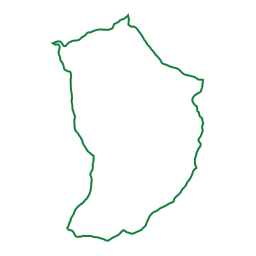 Shongphu, Tashigang, Bhutan (Robinson projection)
{"feature_id": "84629894B1548081314680", "entity_name": "Shongphu", "entity_type": "district", "adm_level": 2, "iso_a3": "BTN", "parent_name": "Bhutan", "parent_adm1": "Tashigang", "projection": "robinson", "projection_center": [91.663, 27.301], "detail": "fine", "context": "isolated", "style": "outline", "palette": "green", "viewbox_px": 256, "rotation_deg": 0, "n_neighbors": 0, "source": "geoboundaries", "source_scale": "gbopen_adm2", "svg_char_len": 3976}
<svg xmlns="http://www.w3.org/2000/svg" viewBox="0 0 256 256"><path d="M52.9,43.2L53.5,43.6L54.0,44.0L54.5,44.4L55.2,44.6L56.8,44.4L58.1,44.4L58.8,44.8L59.2,45.3L59.5,46.2L59.6,46.8L59.7,47.6L59.6,48.1L58.7,51.6L58.6,52.6L58.9,54.3L59.7,56.0L60.1,57.7L60.6,60.6L62.5,62.9L63.2,64.8L63.4,65.4L63.6,66.6L64.2,68.9L65.5,70.2L68.0,71.3L69.6,71.5L70.2,71.9L70.6,72.6L70.7,73.4L70.8,74.1L71.1,75.8L71.1,77.5L70.7,78.5L70.7,79.1L70.7,80.0L70.7,81.7L70.7,82.6L70.7,83.5L70.7,84.5L70.8,86.0L71.0,90.4L71.3,91.4L71.7,94.2L72.0,97.6L72.0,98.5L72.0,99.1L71.9,99.7L71.4,100.4L71.5,101.0L71.8,102.6L72.1,103.8L72.3,105.6L72.4,106.6L72.4,108.1L72.5,108.8L72.7,109.8L73.2,110.7L73.5,112.3L74.3,114.7L74.8,115.8L75.0,117.1L74.9,117.7L74.7,118.3L74.4,119.2L74.3,120.0L74.4,122.8L74.4,123.9L74.4,124.8L74.5,125.5L74.5,126.2L74.7,126.7L74.8,127.7L74.8,128.7L74.9,129.4L75.8,131.0L76.8,132.1L77.3,132.6L78.2,133.9L80.3,137.0L81.2,138.8L81.9,139.7L82.2,140.2L82.5,142.2L82.7,142.9L83.7,144.6L84.6,146.2L85.2,147.0L87.3,150.6L87.7,151.2L89.5,152.7L90.5,153.4L91.3,154.3L92.3,155.0L93.4,155.5L93.7,156.1L93.7,157.6L93.5,159.8L93.5,160.9L93.1,163.4L92.7,164.3L92.8,166.3L92.8,167.3L92.6,169.3L92.1,170.3L90.9,172.4L90.3,174.1L90.3,174.6L90.7,175.4L91.7,179.1L91.6,179.8L91.5,182.2L90.9,188.3L90.7,189.0L90.7,190.1L89.5,193.8L88.7,195.6L88.1,196.3L87.6,197.4L86.7,198.8L85.5,199.7L84.3,201.2L83.8,201.8L83.2,202.7L81.5,203.8L80.3,204.7L78.9,205.9L77.6,206.8L76.6,208.2L75.3,209.9L74.7,211.4L74.1,212.5L73.7,213.9L71.1,218.2L70.7,218.9L70.6,219.8L70.7,220.7L70.2,221.2L69.3,223.0L69.0,224.2L68.6,225.4L67.8,227.0L67.2,228.0L67.8,228.9L69.4,230.2L71.2,230.3L72.5,231.1L73.7,232.6L75.1,235.4L76.3,236.6L76.9,236.7L78.2,236.8L80.9,236.6L83.0,235.9L86.1,236.1L89.9,235.9L91.9,236.3L93.2,236.9L95.3,237.2L97.7,237.3L101.0,238.4L103.9,239.3L105.9,240.4L108.3,240.6L112.3,237.9L117.0,235.7L119.3,234.2L122.1,231.1L123.6,230.1L125.3,231.2L126.6,232.2L127.7,232.5L130.7,233.3L131.7,233.8L133.7,233.4L136.9,231.9L138.3,231.2L140.4,230.4L141.9,229.4L143.0,227.9L144.3,227.0L145.6,225.7L146.3,224.1L146.8,222.4L148.0,219.7L148.9,217.6L150.9,214.4L153.7,212.1L156.7,210.9L160.2,208.3L166.5,205.3L168.5,203.9L170.4,203.0L172.0,202.5L173.6,201.5L174.5,198.4L176.4,196.5L178.5,194.6L179.3,193.7L180.5,192.6L182.1,189.5L184.0,187.6L185.9,185.3L187.1,182.5L189.6,179.5L190.8,177.3L192.2,174.3L193.0,171.6L194.3,169.4L196.3,168.1L196.2,166.9L195.1,164.5L194.7,159.4L195.0,158.5L195.7,156.6L196.4,154.0L196.6,152.6L197.2,151.5L197.8,150.3L198.8,148.2L199.4,147.5L200.0,146.8L200.7,144.8L200.7,143.8L198.9,141.5L198.4,140.0L199.0,138.5L200.2,137.0L201.1,135.4L202.1,132.6L202.7,130.6L202.2,128.1L202.0,126.7L202.5,124.9L203.1,124.3L203.1,123.0L202.5,121.6L202.3,119.9L202.3,118.7L201.6,117.7L200.2,116.8L199.4,115.3L199.1,113.8L198.8,112.2L197.4,111.3L196.8,106.5L195.0,105.0L193.5,103.1L192.5,101.3L192.4,98.6L194.1,95.9L197.1,93.8L199.2,92.6L200.1,92.1L200.6,91.8L201.2,90.3L202.2,87.0L202.6,83.8L203.0,79.9L201.6,79.7L198.2,79.5L194.9,77.1L191.0,76.0L188.8,75.5L186.3,75.0L183.9,74.2L182.9,73.4L181.9,72.6L179.5,70.0L176.5,68.1L173.8,67.6L169.8,66.4L166.2,64.7L163.7,64.1L162.0,62.9L160.4,60.1L159.1,58.3L157.3,56.3L155.2,54.3L154.0,52.3L152.9,50.9L151.4,49.5L150.4,47.9L149.9,47.2L147.8,45.0L145.9,42.0L144.9,40.7L144.4,40.1L143.5,38.4L142.3,36.2L140.3,33.3L138.4,30.9L136.9,28.6L134.7,27.0L133.8,26.5L132.8,26.6L131.9,26.8L130.6,26.3L129.1,25.1L128.6,24.9L128.4,24.1L128.6,22.3L128.9,18.8L128.0,16.1L128.0,15.4L126.0,17.2L124.2,18.6L123.5,19.0L121.1,19.7L120.0,20.2L119.0,21.6L116.2,23.2L114.2,24.0L112.6,27.8L112.3,28.4L110.0,29.3L108.4,29.8L100.5,29.5L98.3,29.6L95.5,30.3L94.2,30.7L91.3,32.0L90.3,32.3L88.5,32.5L87.6,32.7L86.6,33.5L85.0,35.5L84.2,36.0L82.0,37.3L80.5,38.5L79.8,39.3L78.9,39.9L77.7,40.3L74.5,40.6L73.7,40.8L72.9,40.8L71.8,41.2L69.0,42.5L67.8,43.5L66.0,45.6L65.6,45.9L65.0,46.1L64.1,46.1L63.7,45.9L61.4,42.6L60.6,41.8L59.2,41.4L57.0,41.5L52.9,43.2Z" fill="none" stroke="#15803d" stroke-width="2"/></svg>